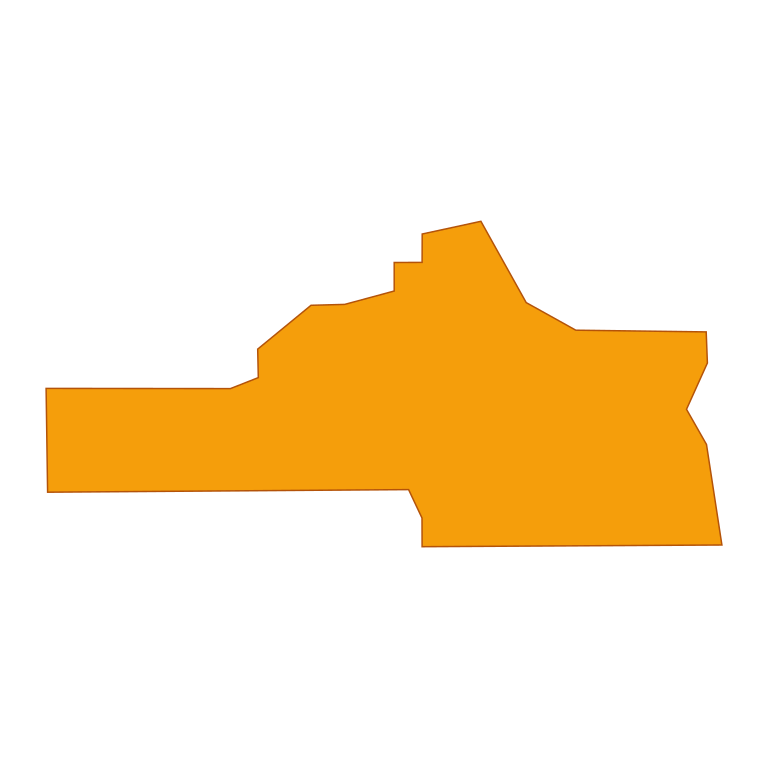 Carson City, Nevada, United States of America (Equal Earth projection)
{"feature_id": "52423323B56251326205746", "entity_name": "Carson City", "entity_type": "district", "adm_level": 2, "iso_a3": "USA", "parent_name": "United States of America", "parent_adm1": "Nevada", "projection": "equal_earth", "projection_center": [-119.737, 39.168], "detail": "fine", "context": "isolated", "style": "filled", "palette": "amber", "viewbox_px": 768, "rotation_deg": 0, "n_neighbors": 0, "source": "geoboundaries", "source_scale": "gbopen_adm2", "svg_char_len": 406}
<svg xmlns="http://www.w3.org/2000/svg" viewBox="0 0 768 768"><path d="M721.9,545.0L706.5,444.5L686.5,409.3L707.4,363.0L706.2,331.9L575.8,330.2L526.2,302.6L480.9,221.3L422.2,234.0L422.1,262.4L394.2,262.5L394.2,291.0L344.7,304.4L311.0,305.3L257.7,349.1L258.3,377.6L230.4,388.6L46.1,388.4L47.6,492.2L408.6,489.6L422.0,518.0L422.1,546.7L721.9,545.0Z" fill="#f59e0b" stroke="#b45309" stroke-width="1.5"/></svg>